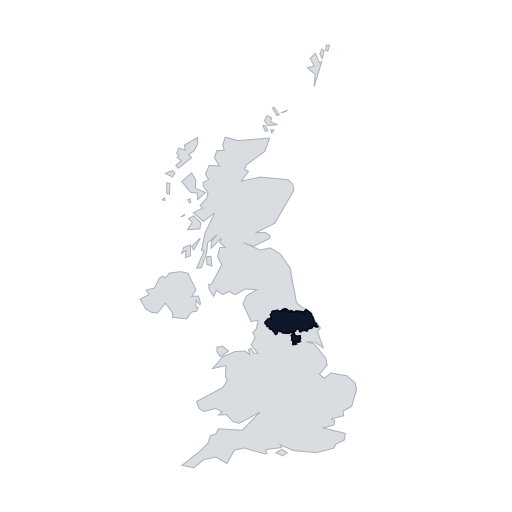 location of North Yorkshire within United Kingdom, rotated 5°
{"feature_id": "GBR-2140", "entity_name": "North Yorkshire", "entity_type": "Administrative County", "adm_level": 1, "iso_a3": "GBR", "parent_name": "United Kingdom", "parent_adm1": "", "projection": "mercator", "projection_center": [-1.361, 54.089], "detail": "fine", "context": "in_parent", "style": "filled", "palette": "ink", "viewbox_px": 512, "rotation_deg": 5, "n_neighbors": 0, "source": "natural_earth", "source_scale": "10m", "svg_char_len": 7182}
<svg xmlns="http://www.w3.org/2000/svg" viewBox="0 0 512 512"><g transform="rotate(5 256 256)"><path d="M273.4,411.3L253.9,424.1L247.8,423.2L240.4,416.7L232.6,417.6L235.9,414.3L229.2,411.3L217.5,415.5L212.5,412.6L209.4,406.2L234.5,389.8L238.4,381.8L236.1,379.3L235.6,367.8L222.5,371.9L231.8,359.2L243.3,353.1L253.2,351.6L258.3,354.9L256.8,349.8L259.1,348.5L262.4,353.1L266.2,353.0L259.1,345.3L262.2,336.9L259.5,332.6L262.8,328.2L263.5,319.8L256.8,321.7L247.2,304.8L250.0,296.6L259.7,289.5L248.1,289.8L238.9,296.3L232.2,293.7L226.2,297.2L219.4,293.7L217.3,299.9L212.2,293.3L211.4,288.2L214.0,288.2L222.6,267.8L217.8,259.9L219.2,250.6L224.7,250.2L218.8,245.7L219.8,241.3L210.5,252.2L210.3,245.1L215.4,238.3L206.6,247.0L206.6,257.0L202.7,272.3L197.9,273.3L203.9,255.7L201.2,255.3L203.2,237.6L211.0,216.8L200.6,226.1L189.7,218.4L198.8,212.9L195.8,210.8L201.9,202.5L202.6,197.1L197.3,191.0L197.2,187.2L202.1,183.9L198.5,178.8L201.5,169.7L211.8,169.7L206.0,161.7L207.7,154.5L215.1,153.4L213.3,148.2L214.9,140.3L228.1,142.6L259.3,137.3L255.7,150.9L238.1,166.4L237.1,171.0L241.2,172.4L234.9,182.6L253.9,177.0L281.5,177.3L286.2,181.1L288.1,187.0L271.8,221.8L253.5,233.0L263.1,231.6L268.4,234.8L267.9,237.5L252.3,246.6L242.7,243.9L259.4,249.7L269.6,246.7L279.8,251.7L291.0,265.0L300.5,299.3L313.2,307.1L326.5,322.1L323.7,325.8L331.0,341.6L322.3,336.7L313.5,337.2L321.7,338.4L334.5,352.0L336.4,358.6L329.4,368.2L334.7,371.8L341.0,365.9L357.1,367.5L365.9,373.9L367.8,380.4L364.4,397.4L356.3,402.9L357.2,407.5L345.4,411.7L348.7,413.2L348.5,417.5L338.0,421.3L360.4,425.0L360.0,431.6L352.0,436.4L350.1,440.8L333.0,446.6L310.6,446.6L296.4,441.9L298.2,444.6L282.5,448.0L284.0,451.5L282.3,452.4L260.6,448.3L251.4,451.3L245.2,465.2L233.5,459.8L221.5,463.5L212.6,472.4L200.5,471.0L217.7,454.8L224.7,446.2L226.1,439.0L231.2,437.2L233.7,431.4L257.5,430.8L273.4,411.3ZM192.3,324.7L178.0,324.4L178.1,320.3L169.9,310.9L162.7,321.5L156.4,321.1L150.7,318.3L144.2,309.1L153.0,303.6L149.5,299.5L157.6,296.8L161.6,286.6L165.1,284.1L167.8,285.8L171.3,280.5L181.9,278.2L189.8,279.1L199.1,294.9L195.4,301.8L202.1,300.9L204.7,307.3L204.4,309.6L200.1,305.3L200.5,311.9L202.7,312.3L201.6,316.1L196.6,317.5L192.3,324.7ZM188.2,149.1L185.3,156.6L180.1,160.7L183.1,163.8L171.0,175.3L168.2,172.6L173.3,167.9L168.8,164.5L170.4,162.5L168.1,160.6L169.4,155.2L176.3,156.6L175.1,151.8L187.3,143.1L188.2,149.1ZM189.4,185.7L189.6,193.7L200.2,197.3L193.0,204.9L191.9,198.4L185.4,198.3L175.5,188.3L184.6,178.8L189.4,185.7ZM297.5,49.0L302.2,57.8L304.6,56.6L299.0,82.3L299.2,69.9L290.8,64.0L297.3,61.7L292.8,54.3L297.5,49.0ZM197.7,233.8L185.6,235.8L189.6,227.8L185.5,224.6L190.4,221.4L198.1,227.8L197.7,233.8ZM230.8,348.9L236.8,353.1L229.5,359.6L225.4,354.8L225.1,350.1L230.8,348.9ZM189.8,250.6L190.7,261.5L185.8,263.6L185.9,256.6L181.6,260.0L183.3,253.6L189.8,250.6ZM259.4,117.0L258.9,121.2L265.9,123.3L256.8,124.9L252.5,120.6L254.9,115.1L259.4,117.0ZM212.9,269.9L207.8,268.6L206.9,261.2L211.1,260.2L212.9,269.9ZM304.3,449.2L300.1,452.9L293.0,450.1L298.7,446.3L304.3,449.2ZM193.4,255.2L191.1,252.1L198.9,243.0L197.3,247.5L193.4,255.2ZM165.4,178.2L168.0,180.5L165.9,184.5L158.4,181.6L165.4,178.2ZM164.4,202.0L161.4,201.3L160.8,190.9L164.0,191.3L164.4,202.0ZM304.8,53.4L302.0,49.3L303.7,43.9L306.0,45.5L304.8,53.4ZM266.7,113.2L264.7,114.3L259.4,107.1L261.1,106.1L266.7,113.2ZM256.8,130.4L254.2,130.9L251.6,125.4L254.4,125.5L256.8,130.4ZM310.9,39.6L309.7,45.6L307.5,45.0L307.7,39.7L310.9,39.6ZM273.4,109.4L268.2,111.3L274.0,108.3L273.4,109.4ZM186.4,208.2L184.9,208.7L182.9,206.0L185.4,204.7L186.4,208.2ZM262.9,128.9L261.1,132.0L259.7,129.2L262.9,128.9ZM180.7,222.2L177.6,223.6L181.8,220.6L180.7,222.2ZM160.6,208.2L158.7,208.8L157.8,207.9L159.8,206.0L160.6,208.2Z" fill="#d9dde1" stroke="#a8b0b8" stroke-width="1"/><path d="M310.8,305.0L315.7,308.2L316.3,308.8L316.6,309.3L316.6,309.7L316.5,310.0L316.6,310.4L316.9,310.7L317.6,311.3L317.9,311.6L318.3,312.2L318.7,313.1L318.9,314.1L318.9,314.9L319.0,315.2L319.1,315.4L319.3,315.6L319.6,315.7L319.5,316.1L319.4,316.2L319.6,316.4L320.0,317.1L320.2,317.3L321.1,317.5L321.3,317.7L321.6,318.0L322.1,318.2L322.3,318.6L322.5,319.7L322.5,319.8L323.1,320.5L323.9,320.8L323.6,321.3L323.3,321.5L321.7,321.4L321.3,321.1L320.4,320.9L319.9,320.3L319.4,320.1L319.0,320.4L318.9,321.3L318.2,321.9L318.4,322.2L318.3,322.5L316.8,323.4L316.0,323.3L315.5,323.4L314.7,324.0L313.9,324.4L313.8,324.5L314.0,324.8L313.9,325.4L313.3,325.7L313.3,326.4L312.5,326.3L311.8,325.8L308.3,326.4L307.6,327.1L307.4,327.7L306.8,327.7L306.1,327.6L305.7,327.0L305.7,326.3L305.6,325.6L305.2,325.1L304.7,325.1L303.7,325.1L303.0,325.4L302.5,325.6L302.2,326.1L302.1,326.8L301.8,327.4L301.3,327.5L300.9,327.6L300.5,327.8L300.5,328.7L300.8,329.9L301.8,331.4L302.6,332.0L303.9,332.1L305.2,332.1L306.5,331.6L307.1,331.7L307.1,333.0L307.6,334.0L307.3,334.7L307.3,335.5L306.6,336.5L307.5,337.3L307.1,337.4L306.2,338.0L305.3,338.3L303.6,337.6L303.6,338.4L303.3,339.1L304.1,340.1L303.2,340.3L302.9,340.7L302.6,340.6L302.3,340.4L301.3,340.5L300.9,341.2L300.6,341.2L300.2,340.6L300.2,339.5L300.2,339.2L300.6,338.4L301.0,338.2L301.0,337.8L300.8,337.6L299.9,337.5L299.3,336.7L298.8,336.7L298.9,336.2L299.3,335.9L299.2,335.5L298.9,335.1L298.8,334.7L298.9,333.6L298.4,332.5L298.0,332.3L298.0,332.1L298.9,332.0L298.9,331.4L298.8,330.7L299.2,329.9L299.1,329.5L298.2,328.8L297.0,329.0L296.2,329.5L296.2,329.8L296.0,330.1L295.5,330.2L294.3,330.1L294.1,329.5L293.7,329.1L293.4,329.5L293.4,330.2L293.2,330.3L292.6,330.5L291.3,330.2L290.0,330.4L289.3,330.4L289.0,329.8L288.5,329.7L288.2,329.1L287.7,328.8L286.9,328.9L286.6,329.3L286.1,328.9L285.9,328.1L285.4,328.4L284.4,328.3L284.2,328.5L284.3,329.3L283.8,329.8L284.0,330.6L283.9,331.4L283.7,331.7L283.1,331.6L282.4,332.5L281.7,331.9L281.0,330.9L280.8,329.9L279.2,329.1L279.1,328.4L278.8,328.0L278.1,327.9L278.0,327.7L278.0,327.3L277.0,327.8L276.7,327.8L276.4,327.1L275.6,327.0L275.3,326.6L275.5,325.9L275.3,325.8L275.3,325.2L275.1,325.0L274.5,324.9L273.5,325.2L273.0,325.1L272.8,324.8L272.8,323.9L272.6,323.6L271.4,322.9L270.8,322.3L270.7,321.7L270.8,320.8L271.4,320.5L271.6,320.0L272.9,318.3L273.0,317.8L274.1,317.8L274.5,317.3L275.2,317.0L275.7,317.3L276.2,317.3L276.3,317.0L276.4,316.4L276.1,315.8L276.2,315.3L276.2,314.3L276.1,313.9L275.4,313.4L275.3,313.1L276.7,311.8L276.7,311.4L276.5,310.5L276.9,309.8L277.6,309.3L278.8,309.4L279.3,308.9L279.6,309.0L280.0,309.2L280.9,308.5L282.1,308.1L283.0,308.4L284.1,309.1L284.7,309.0L286.5,308.0L286.6,307.5L286.9,307.1L287.1,307.2L288.0,308.0L288.1,307.2L288.4,306.7L288.4,306.2L288.8,306.1L289.4,306.3L289.6,306.1L290.4,306.1L290.8,306.1L291.2,306.4L291.4,306.9L291.5,307.0L292.2,306.8L292.4,307.0L292.7,307.7L293.7,308.6L294.0,308.6L293.9,308.0L294.6,308.1L294.8,308.4L295.1,309.3L295.4,309.6L295.6,309.4L295.7,309.2L295.2,308.0L295.2,307.5L295.4,307.3L295.7,307.4L295.9,307.7L296.0,308.0L296.3,308.2L296.5,307.6L297.0,307.7L297.4,307.7L297.6,308.6L298.2,308.6L298.4,308.8L300.1,307.8L300.5,307.3L301.2,307.1L301.7,307.1L303.2,307.4L304.1,307.1L305.1,307.6L306.3,307.3L306.8,307.4L307.3,307.8L308.5,307.4L309.4,307.8L309.4,306.7L309.6,306.1L310.0,305.7L310.6,305.4L310.8,305.1L310.8,305.0Z" fill="#0f172a" stroke="#020617" stroke-width="1.5"/></g></svg>